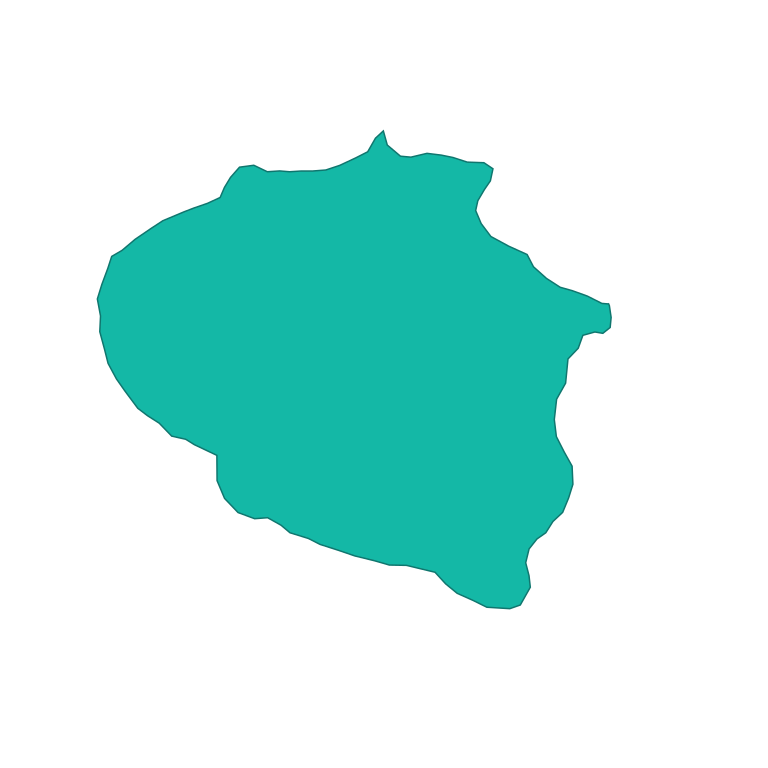 outline of Shahbuz District, Şahbuz, Azerbaijan, rotated 243°
{"feature_id": "54616110B68105682916253", "entity_name": "Shahbuz District", "entity_type": "district", "adm_level": 2, "iso_a3": "AZE", "parent_name": "Azerbaijan", "parent_adm1": "Şahbuz", "projection": "orthographic", "projection_center": [45.639, 39.439], "detail": "fine", "context": "isolated", "style": "filled", "palette": "teal", "viewbox_px": 768, "rotation_deg": 243, "n_neighbors": 0, "source": "geoboundaries", "source_scale": "gbopen_adm2", "svg_char_len": 1551}
<svg xmlns="http://www.w3.org/2000/svg" viewBox="0 0 768 768"><g transform="rotate(243 384 384)"><path d="M609.8,498.3L606.9,488.0L598.3,474.9L598.3,461.7L598.9,443.8L601.1,429.3L606.3,416.8L611.5,406.6L616.0,396.2L621.2,387.8L626.1,376.4L638.0,367.3L642.8,353.7L637.8,341.1L631.6,331.1L624.6,322.7L625.1,308.9L627.1,294.6L628.2,284.0L629.9,261.2L628.4,247.4L625.9,227.9L622.0,211.3L621.3,199.3L612.5,190.5L600.8,177.8L589.9,167.2L573.3,162.3L559.6,154.5L541.6,150.7L527.6,147.5L510.0,147.9L495.2,150.0L474.1,153.6L463.1,158.9L451.2,165.9L433.9,171.2L424.8,182.2L416.0,187.5L396.3,202.7L373.7,191.4L354.4,190.0L335.7,195.6L322.7,207.6L317.7,219.6L305.0,228.1L294.1,232.7L280.7,246.5L270.1,254.2L256.4,268.0L244.0,280.0L230.9,295.2L222.9,303.8L220.3,306.5L212.2,321.7L203.7,331.6L193.1,344.0L177.9,348.2L164.2,354.2L151.1,364.8L138.4,374.3L126.7,394.1L125.2,405.1L136.5,422.1L147.4,426.2L160.4,429.1L171.2,438.4L176.5,450.0L178.0,460.6L184.8,472.1L188.5,484.9L198.7,496.8L208.9,506.8L225.4,514.3L241.5,513.7L258.9,513.7L275.0,519.6L275.3,519.8L292.1,530.9L302.3,546.2L322.8,559.3L327.7,573.3L337.1,583.3L334.6,595.5L329.8,602.0L331.7,611.2L340.2,616.6L351.5,620.4L353.4,620.5L353.4,620.4L356.9,614.7L370.0,605.1L381.7,594.1L390.2,584.9L404.3,576.7L420.6,570.4L434.4,570.3L450.3,557.6L466.9,546.2L482.8,543.4L496.9,544.4L504.7,550.8L511.7,561.8L516.7,571.0L526.3,578.8L535.8,573.5L543.9,558.9L554.5,548.3L561.9,539.0L570.0,527.0L573.9,511.0L579.5,502.1L595.4,495.4L609.2,498.2L609.8,498.3Z" fill="#14b8a6" stroke="#0f766e" stroke-width="1.5"/></g></svg>